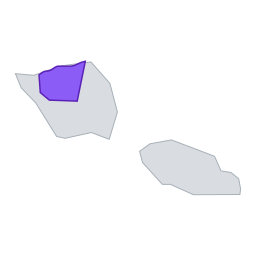 Gaga'ifomauga on a map of Samoa (Equal Earth projection)
{"feature_id": "WSM-4991", "entity_name": "Gaga'ifomauga", "entity_type": "state/province", "adm_level": 1, "iso_a3": "WSM", "parent_name": "Samoa", "parent_adm1": "", "projection": "equal_earth", "projection_center": [-172.532, -13.55], "detail": "fine", "context": "in_parent", "style": "filled", "palette": "violet", "viewbox_px": 256, "rotation_deg": 0, "n_neighbors": 0, "source": "natural_earth", "source_scale": "10m", "svg_char_len": 654}
<svg xmlns="http://www.w3.org/2000/svg" viewBox="0 0 256 256"><path d="M90.9,61.9L109.9,83.4L117.4,112.0L109.2,139.3L91.3,132.5L65.2,138.3L56.6,136.4L35.7,102.9L21.2,87.8L15.4,73.7L33.8,75.3L60.8,65.9L90.9,61.9ZM239.9,194.5L193.4,194.7L170.4,184.4L162.3,184.3L142.6,162.6L139.6,151.3L150.0,143.8L171.4,139.9L214.5,156.3L221.0,170.9L231.0,172.5L238.7,178.8L240.6,189.0L239.9,194.5Z" fill="#d9dde1" stroke="#a8b0b8" stroke-width="1"/><path d="M39.0,74.9L43.0,72.0L45.0,71.3L48.7,70.8L50.9,70.1L55.4,67.1L57.4,66.2L70.8,66.2L74.2,65.5L81.4,62.3L85.3,61.3L77.2,101.1L49.3,100.1L40.3,92.6L39.0,74.9Z" fill="#8b5cf6" stroke="#5b21b6" stroke-width="1.5"/></svg>